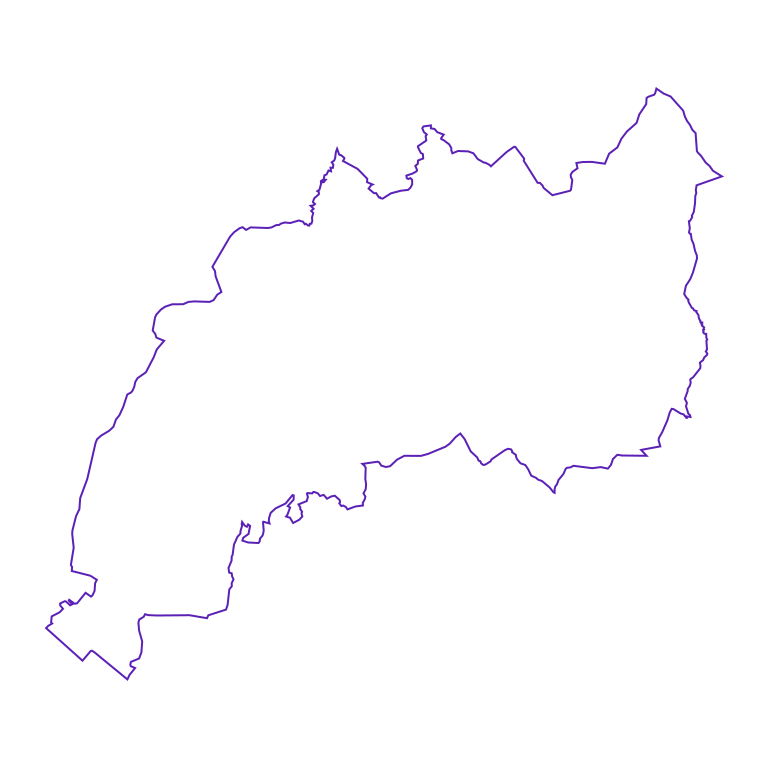 outline of Balanesti, Gorj, Romania
{"feature_id": "2599482B82822475618537", "entity_name": "Balanesti", "entity_type": "district", "adm_level": 2, "iso_a3": "ROU", "parent_name": "Romania", "parent_adm1": "Gorj", "projection": "natural_earth1", "projection_center": [23.427, 45.073], "detail": "fine", "context": "isolated", "style": "outline", "palette": "violet", "viewbox_px": 768, "rotation_deg": 0, "n_neighbors": 0, "source": "geoboundaries", "source_scale": "gbopen_adm2", "svg_char_len": 6080}
<svg xmlns="http://www.w3.org/2000/svg" viewBox="0 0 768 768"><path d="M690.5,417.0L690.0,415.1L688.4,413.8L686.0,406.3L686.9,402.8L684.8,398.9L687.7,391.0L687.7,389.1L689.9,385.6L690.7,382.4L690.2,379.8L690.6,379.0L693.1,377.3L700.2,368.3L700.5,366.0L699.9,362.6L703.1,360.1L704.3,357.4L707.1,354.8L707.3,353.6L705.8,351.5L707.0,349.5L706.4,340.7L707.2,339.6L706.3,337.6L706.2,333.9L704.4,333.7L703.2,332.3L703.6,331.0L703.1,330.0L704.1,329.4L703.6,328.2L704.1,327.3L701.9,325.5L702.3,324.2L701.3,323.7L702.1,322.5L700.3,322.0L700.3,320.5L699.5,319.7L698.7,317.3L698.5,315.2L696.3,312.0L696.6,311.1L694.1,310.3L693.0,308.4L691.8,307.8L688.7,302.3L688.2,300.4L688.5,299.7L686.6,297.9L684.2,294.0L685.9,285.8L690.2,279.2L692.9,272.7L697.0,258.5L696.8,255.4L695.0,250.7L693.4,243.5L691.7,239.8L690.8,233.8L689.7,233.6L689.0,232.4L689.8,228.3L688.9,221.2L690.1,220.8L692.2,217.1L691.8,215.9L693.8,211.9L695.0,203.4L695.3,196.0L696.3,193.0L695.8,190.1L696.6,185.3L721.9,176.4L712.9,170.7L709.5,165.9L705.7,162.6L701.0,155.8L697.6,152.3L696.9,151.0L695.6,133.1L692.4,129.9L689.9,124.8L687.1,121.0L684.9,116.6L683.2,110.7L670.6,96.5L663.7,93.6L656.4,88.6L655.2,93.2L654.2,94.7L648.2,96.8L646.6,98.0L646.2,104.1L639.3,114.4L636.6,122.9L627.0,131.4L621.4,138.7L617.4,147.4L609.1,153.7L604.9,163.7L591.9,161.9L582.9,162.0L576.4,163.0L577.5,168.3L572.5,171.8L570.7,174.6L570.9,177.1L572.3,180.0L571.0,189.7L569.9,190.8L552.4,195.2L543.7,188.0L542.5,185.5L539.9,182.9L537.6,182.8L523.7,160.7L524.2,158.7L515.3,146.9L513.9,146.9L506.5,152.1L490.9,166.3L489.5,164.9L485.4,162.7L484.1,162.7L477.8,159.1L473.4,153.3L468.2,151.4L458.0,151.0L452.4,153.3L451.3,150.2L451.3,148.0L449.2,144.4L443.7,140.2L441.3,139.1L441.1,138.3L443.7,134.6L437.3,132.2L434.5,128.9L430.9,128.4L430.9,125.4L423.7,126.4L422.9,127.1L422.3,128.3L423.9,132.1L426.8,134.5L425.6,136.1L426.3,140.5L418.0,146.2L417.9,147.1L420.8,152.9L422.9,154.1L423.2,158.5L418.0,160.5L417.8,163.8L415.3,165.9L417.0,169.8L416.7,171.2L412.7,173.5L406.4,175.6L406.8,178.2L408.3,179.0L410.3,178.1L412.1,179.7L412.2,184.2L410.5,187.6L408.1,189.9L401.0,190.7L391.0,193.3L382.7,198.6L380.5,198.2L380.2,197.4L379.0,197.5L376.1,193.1L374.0,193.2L368.6,188.6L371.1,185.2L372.6,184.5L367.1,182.2L367.2,178.7L357.6,168.9L343.0,161.0L344.4,158.5L344.1,157.6L340.9,155.1L339.3,154.8L337.1,148.8L335.9,152.1L335.1,158.3L334.2,160.5L331.7,162.3L333.3,164.5L332.9,167.8L330.5,167.7L331.1,171.3L328.5,170.5L326.6,174.4L324.4,175.4L323.7,179.6L325.7,179.8L323.7,182.2L322.8,182.3L322.1,180.3L320.9,181.1L321.0,184.0L319.7,188.9L319.3,189.9L317.4,191.1L318.8,192.0L318.9,194.2L314.3,198.2L313.2,201.0L313.0,202.2L315.0,204.0L313.4,205.3L310.6,205.8L313.6,208.8L311.2,210.9L313.2,213.0L312.0,217.5L312.3,221.0L311.4,223.7L309.8,223.8L309.3,225.6L307.7,225.3L305.8,223.7L304.7,224.2L303.0,221.7L298.8,220.5L290.3,223.0L284.8,222.5L280.7,223.7L279.3,224.9L276.2,225.1L271.3,227.5L267.7,228.0L250.6,227.4L246.1,229.9L242.6,227.2L239.8,228.1L234.2,232.1L230.1,236.6L212.4,266.8L215.0,271.1L215.6,276.3L221.4,292.0L217.3,294.6L213.6,300.1L209.7,301.9L194.3,301.4L188.4,301.9L183.2,304.2L172.2,304.3L165.1,306.7L160.9,309.6L156.4,314.5L155.1,317.3L152.7,330.5L155.3,334.0L156.4,337.6L164.1,340.8L156.8,349.4L153.6,357.5L145.9,372.3L137.6,378.1L135.4,381.7L134.2,386.9L132.4,390.9L131.0,392.5L127.3,394.5L123.2,407.0L119.3,415.4L116.0,419.4L113.4,426.8L109.1,430.8L101.0,435.7L97.0,439.3L95.6,442.8L87.3,478.9L80.2,498.1L79.4,509.1L76.0,516.3L72.4,530.7L72.2,534.0L73.7,547.7L70.9,564.9L72.1,567.1L71.8,571.0L90.3,575.7L96.8,579.8L95.1,583.2L94.6,590.8L92.5,595.3L91.0,596.6L85.6,592.8L77.0,603.4L74.6,603.7L69.2,599.8L68.8,600.6L72.3,604.2L70.1,605.3L66.0,601.5L64.8,601.2L60.1,603.5L60.3,605.6L63.0,608.8L59.6,612.3L51.7,616.4L51.1,622.3L52.2,623.5L48.3,625.8L46.1,628.1L82.5,660.7L90.7,651.0L91.8,650.7L94.2,652.1L127.4,679.4L129.6,674.8L135.1,668.0L130.8,666.2L130.3,664.7L130.9,661.9L139.1,658.5L141.4,652.4L142.2,641.5L139.1,630.5L138.4,622.6L139.3,619.5L143.7,616.8L145.1,614.2L148.0,615.1L156.9,615.5L189.5,615.2L207.0,618.2L208.3,615.3L226.0,609.6L227.6,604.9L229.3,589.4L231.8,586.2L231.7,583.2L233.5,579.4L232.1,576.3L231.7,573.3L229.2,572.6L228.5,568.0L231.6,560.5L231.7,556.6L232.6,554.9L234.0,544.5L237.4,536.9L240.4,533.6L240.5,531.0L242.1,525.8L241.7,524.0L242.1,521.9L244.5,525.3L246.4,526.6L247.2,526.7L248.1,524.4L250.1,525.9L248.5,534.0L243.3,537.7L242.4,540.6L248.2,542.5L258.5,543.0L259.7,541.4L260.0,538.6L262.6,535.5L263.4,532.5L263.7,530.3L263.0,522.1L263.3,521.7L269.5,523.5L268.8,520.9L269.1,517.9L270.7,512.8L275.7,508.3L285.6,503.5L292.5,495.1L293.7,495.4L293.6,499.7L287.7,506.1L290.1,507.5L287.4,514.8L286.1,516.5L290.0,517.7L293.1,523.0L299.2,519.8L302.3,516.5L301.5,513.3L302.1,511.8L300.2,509.0L300.3,507.3L298.5,504.4L306.7,501.1L307.9,497.0L306.9,493.6L307.4,493.1L312.3,493.4L313.3,492.0L314.4,492.0L317.8,493.3L320.0,496.0L323.7,494.9L327.0,498.7L331.3,496.4L334.8,495.7L339.6,500.0L340.1,501.8L339.3,503.3L341.3,506.0L343.4,505.6L345.8,507.0L347.5,509.4L355.3,506.5L362.9,505.5L362.8,502.9L364.8,499.2L365.4,496.7L363.5,493.4L365.7,489.2L366.1,484.2L365.3,478.8L365.7,467.8L364.8,466.0L362.4,463.9L377.6,461.7L379.1,462.3L381.3,465.6L385.8,467.0L390.1,466.2L397.0,459.7L404.3,455.8L420.9,455.9L428.1,453.9L445.5,446.7L449.8,443.6L455.6,437.1L460.3,433.5L464.7,439.2L470.7,451.4L477.2,457.4L478.6,460.6L480.3,461.2L481.2,463.4L483.3,465.0L485.5,464.5L490.6,461.3L491.4,459.5L504.8,450.2L507.9,448.8L511.1,449.4L512.3,451.4L512.1,452.2L515.8,454.8L516.3,457.6L517.3,459.5L520.5,463.3L525.3,465.0L528.2,469.3L531.2,475.6L536.1,477.9L538.0,479.6L542.1,481.1L549.6,487.4L553.4,492.2L554.6,492.8L554.6,489.2L555.3,486.5L556.9,484.4L558.5,480.0L563.4,474.0L565.6,469.0L566.9,467.8L570.4,467.4L573.4,465.8L592.3,468.2L600.7,467.1L607.9,468.6L610.9,465.0L613.0,459.0L617.3,454.8L622.1,455.5L646.6,455.8L641.1,449.9L660.3,446.4L658.6,440.4L658.9,438.0L662.2,432.2L667.4,420.3L669.7,412.6L671.7,408.8L673.5,409.1L680.6,413.5L683.6,414.4L686.4,417.9L686.8,417.9L686.5,416.4L690.5,417.0Z" fill="none" stroke="#5b21b6" stroke-width="2"/></svg>